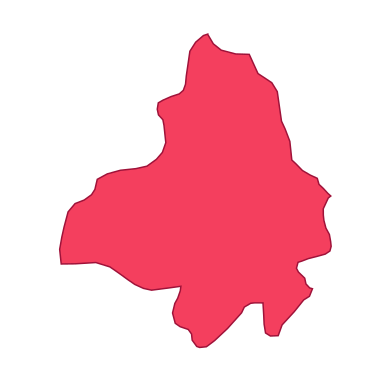 outline of Dolneni, rotated 264°
{"feature_id": "MKD-2928", "entity_name": "Dolneni", "entity_type": "Statistical Region", "adm_level": 1, "iso_a3": "MKD", "parent_name": "North Macedonia", "parent_adm1": "", "projection": "natural_earth1", "projection_center": [21.402, 41.472], "detail": "fine", "context": "isolated", "style": "filled", "palette": "rose", "viewbox_px": 384, "rotation_deg": 264, "n_neighbors": 0, "source": "natural_earth", "source_scale": "10m", "svg_char_len": 1536}
<svg xmlns="http://www.w3.org/2000/svg" viewBox="0 0 384 384"><g transform="rotate(264 192 192)"><path d="M99.4,171.1L99.0,158.9L98.6,141.5L101.2,133.7L106.1,125.4L111.4,119.2L119.4,110.3L126.1,102.5L131.9,89.0L132.8,68.4L134.1,54.4L138.6,54.4L141.1,54.4L148.8,54.4L160.7,57.8L170.5,61.1L185.2,66.7L192.7,74.5L195.3,84.0L199.8,91.8L204.7,95.7L214.5,99.1L218.9,109.7L221.1,123.1L221.1,138.7L222.4,149.9L228.2,160.0L234.5,166.7L243.8,171.1L252.7,171.1L261.1,171.1L266.9,170.6L272.2,166.7L278.0,166.1L284.2,167.8L286.4,172.8L289.1,181.2L290.9,189.6L294.0,194.0L299.8,196.8L308.2,198.5L321.5,201.9L332.2,204.6L340.6,211.3L346.4,219.7L347.4,224.2L346.9,224.2L337.1,228.7L330.0,235.9L324.7,249.9L322.9,263.3L314.5,266.1L302.9,270.0L292.3,282.8L282.9,287.3L253.1,288.4L244.9,291.2L232.1,294.6L221.0,294.6L213.4,294.6L208.9,298.5L201.8,304.1L196.5,311.3L192.5,318.0L186.3,319.1L181.8,323.0L176.5,326.9L173.5,329.6L171.8,326.9L161.6,320.8L155.4,320.2L150.0,320.2L142.1,321.4L135.4,324.2L128.3,324.7L123.4,324.7L118.9,323.0L116.3,318.0L114.9,309.6L113.6,300.7L111.8,294.0L111.0,290.1L105.2,287.9L101.2,289.5L94.5,295.1L88.7,295.7L84.3,299.0L83.2,301.7L76.0,297.9L73.0,291.8L62.3,281.2L50.4,267.7L40.1,262.7L40.6,254.9L44.1,250.4L53.0,249.9L61.0,250.4L74.3,251.0L75.2,242.6L75.2,238.7L72.1,232.0L66.7,228.7L52.5,213.0L41.9,199.0L37.5,191.7L36.6,190.1L36.6,183.4L37.9,180.6L44.6,176.7L50.8,176.7L55.7,173.9L59.3,166.1L63.2,161.6L73.7,160.0L83.0,163.3L87.9,166.7L94.9,170.0L99.4,171.1Z" fill="#f43f5e" stroke="#9f1239" stroke-width="1.5"/></g></svg>